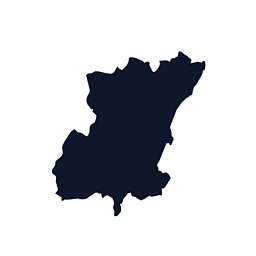 the border of Žilinský, rotated 299°
{"feature_id": "SVK-1053", "entity_name": "Žilinský", "entity_type": "Region", "adm_level": 1, "iso_a3": "SVK", "parent_name": "Slovakia", "parent_adm1": "", "projection": "natural_earth1", "projection_center": [19.144, 49.173], "detail": "fine", "context": "isolated", "style": "filled", "palette": "ink", "viewbox_px": 256, "rotation_deg": 299, "n_neighbors": 0, "source": "natural_earth", "source_scale": "10m", "svg_char_len": 4725}
<svg xmlns="http://www.w3.org/2000/svg" viewBox="0 0 256 256"><g transform="rotate(299 128 128)"><path d="M154.2,66.7L154.8,66.9L155.7,67.2L157.6,70.0L158.5,70.7L161.1,72.2L162.5,75.0L164.5,82.2L166.3,86.8L166.9,87.8L168.8,89.0L171.2,89.6L175.6,89.6L175.1,90.5L174.9,91.3L175.0,93.5L174.8,95.2L181.2,97.1L183.6,97.3L185.9,97.1L189.7,95.8L190.7,96.5L191.7,99.2L192.3,101.6L193.0,108.5L192.8,109.1L192.0,110.1L191.9,110.7L192.3,111.2L193.8,112.2L194.0,112.5L194.9,113.3L195.1,113.9L194.9,114.8L194.2,115.1L193.5,115.2L193.0,115.6L188.8,121.4L188.4,123.2L189.8,124.9L192.6,125.8L197.8,126.1L200.3,125.3L201.8,124.0L202.0,124.4L204.3,127.8L204.9,128.9L205.3,130.2L205.4,132.0L205.5,132.9L206.1,133.7L206.4,133.9L206.7,133.8L206.9,133.6L207.3,133.2L207.8,133.0L208.6,132.9L209.3,133.0L209.9,133.5L210.5,134.3L211.2,135.7L211.6,136.2L212.0,136.4L212.3,136.1L212.6,136.0L212.9,136.1L213.2,136.7L213.6,137.1L214.0,137.3L214.4,137.3L216.6,137.0L218.1,136.4L218.7,136.2L219.3,136.2L219.6,136.8L219.7,137.9L219.0,142.1L219.0,143.7L218.9,144.9L218.3,146.9L218.2,148.7L218.0,149.6L217.6,150.0L216.9,150.1L215.6,150.5L215.0,150.6L214.2,150.5L213.9,150.6L213.7,150.9L213.9,151.5L217.7,155.7L218.4,156.3L218.9,156.9L219.3,157.6L219.5,158.8L219.9,160.2L220.2,160.8L220.4,161.2L220.7,161.5L221.3,161.6L222.5,161.8L222.8,162.2L222.6,162.8L221.3,163.8L220.2,164.6L216.3,166.0L214.9,165.1L214.4,165.1L213.8,165.1L211.8,165.9L210.5,166.0L210.2,166.1L199.4,165.9L196.3,165.1L195.2,165.1L190.1,166.4L188.8,167.0L188.3,167.0L187.9,166.9L187.3,166.4L187.0,166.1L186.7,165.8L186.3,165.6L185.2,165.4L184.8,165.2L184.1,164.6L183.3,164.1L176.1,161.8L167.6,160.9L148.7,163.6L145.0,167.5L142.6,168.7L141.4,170.0L141.2,170.5L141.1,171.4L141.0,171.7L140.8,172.0L140.6,172.2L140.0,172.6L139.4,172.7L134.8,173.3L134.5,173.3L134.3,173.2L134.5,172.6L134.8,172.4L135.2,172.3L135.3,172.3L135.4,171.9L135.3,171.4L135.1,170.3L134.9,169.7L134.6,169.4L134.3,169.3L134.1,169.1L133.9,168.6L133.8,168.3L132.9,168.3L114.3,170.6L109.0,170.3L107.7,172.9L107.4,173.2L106.8,173.7L105.0,174.5L104.7,174.8L104.7,175.3L105.3,177.1L105.4,177.9L105.3,178.5L104.9,179.0L104.6,179.4L104.4,179.8L104.5,180.5L105.2,181.5L106.7,182.6L106.8,182.8L106.9,183.3L106.9,184.0L106.5,185.6L106.2,186.5L104.7,188.9L95.1,188.4L93.2,188.1L93.2,187.9L92.9,187.5L92.7,187.3L92.6,187.1L92.4,186.9L92.3,186.6L92.2,186.3L92.0,186.1L90.6,186.5L85.8,189.3L85.5,187.9L85.2,187.5L81.4,183.4L80.6,182.5L80.2,181.7L79.9,180.7L79.8,180.3L79.9,179.9L80.2,179.6L79.8,179.3L79.2,178.9L77.4,177.5L76.9,177.4L76.6,177.3L76.2,177.1L75.9,176.9L75.4,176.8L75.1,176.7L74.9,176.5L72.3,174.6L71.8,174.1L71.6,173.6L71.6,172.8L71.7,171.9L71.8,171.5L71.7,171.2L71.6,170.5L71.6,170.1L71.7,169.7L72.0,168.9L72.0,168.3L72.0,167.6L71.3,165.4L71.3,164.9L71.4,164.5L71.8,164.2L71.9,163.8L72.0,163.5L72.1,163.3L72.2,163.1L72.3,163.0L72.6,162.9L72.8,162.7L73.1,162.5L73.3,162.2L73.9,161.8L71.6,159.3L71.2,159.0L70.6,158.7L68.4,158.5L63.7,157.5L60.1,158.4L59.0,158.4L58.8,158.1L58.1,157.0L57.9,156.8L57.6,156.8L56.1,158.1L56.0,158.3L55.9,158.5L55.8,158.8L55.4,159.3L54.7,159.9L51.7,161.4L50.8,161.5L50.4,161.5L48.8,161.0L46.8,160.7L45.9,160.1L45.2,158.9L48.5,157.3L49.0,157.0L49.6,156.4L50.7,154.9L51.4,154.4L52.0,154.0L55.4,153.2L56.5,152.5L57.8,151.2L59.2,149.4L59.8,148.4L60.1,147.6L59.7,145.7L59.8,145.4L59.9,145.1L60.1,144.7L60.1,144.3L60.0,144.1L60.0,143.9L60.0,143.7L60.2,143.1L60.3,142.8L60.2,142.6L60.1,142.4L59.9,142.2L59.7,142.1L59.3,141.9L59.1,141.8L59.0,141.6L58.7,141.0L58.5,140.7L58.2,140.5L58.0,140.3L57.8,140.2L56.2,139.8L55.7,139.8L55.5,139.7L55.4,139.4L55.8,138.9L58.8,136.3L57.5,134.5L57.3,134.2L57.2,133.6L57.3,133.1L57.3,132.0L56.9,131.3L56.0,130.2L55.5,129.8L53.4,128.7L52.7,128.6L52.3,128.4L51.8,128.2L50.5,127.1L50.1,126.9L49.8,126.8L49.5,126.8L49.3,126.8L46.6,125.3L46.0,124.8L45.4,124.1L44.0,121.9L43.8,121.6L43.8,121.2L43.6,120.9L43.1,120.0L43.0,119.8L43.0,119.6L43.2,119.2L43.3,119.0L43.1,118.7L42.8,118.2L36.0,108.6L35.9,108.3L35.8,108.0L35.8,107.8L35.7,106.7L33.7,106.1L33.2,105.5L35.8,103.8L36.1,98.7L36.1,97.0L39.4,97.6L41.9,96.2L46.7,91.4L50.4,89.7L51.3,88.9L51.9,87.7L52.1,85.0L52.7,83.8L55.0,82.6L60.0,83.2L63.2,81.8L63.9,81.7L64.7,81.8L68.4,83.4L71.6,84.2L74.7,84.0L79.3,80.5L81.4,79.9L86.0,79.8L97.1,80.6L100.3,82.3L99.3,84.7L99.4,86.7L100.0,88.6L100.3,90.7L99.8,95.4L100.4,97.0L102.6,97.4L105.4,97.2L109.8,95.1L112.2,94.6L113.2,94.9L115.4,96.3L116.5,96.7L117.7,96.8L120.5,96.3L123.9,95.2L124.7,94.0L125.0,92.3L125.8,89.5L126.1,89.4L127.5,89.4L128.0,89.1L128.3,88.1L128.1,87.4L127.7,87.0L127.5,86.9L129.3,82.2L130.8,80.2L132.4,78.9L134.3,78.2L136.4,77.8L139.9,77.8L141.0,77.7L142.6,77.1L143.4,76.5L153.1,67.6L153.5,66.9L154.2,66.7Z" fill="#0f172a" stroke="#020617" stroke-width="1.5"/></g></svg>